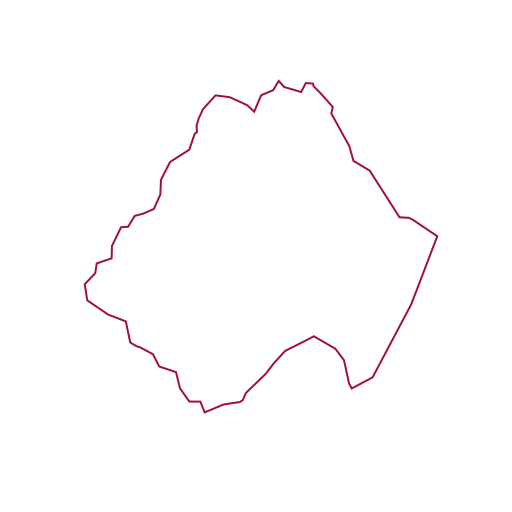 the district of Salt Lake, Utah, United States of America, rotated 153°
{"feature_id": "52423323B26965085925840", "entity_name": "Salt Lake", "entity_type": "district", "adm_level": 2, "iso_a3": "USA", "parent_name": "United States of America", "parent_adm1": "Utah", "projection": "orthographic", "projection_center": [-111.882, 40.668], "detail": "fine", "context": "isolated", "style": "outline", "palette": "rose", "viewbox_px": 512, "rotation_deg": 153, "n_neighbors": 0, "source": "geoboundaries", "source_scale": "gbopen_adm2", "svg_char_len": 1050}
<svg xmlns="http://www.w3.org/2000/svg" viewBox="0 0 512 512"><g transform="rotate(153 256 256)"><path d="M383.8,172.6L381.5,156.6L371.7,151.5L372.7,140.0L352.1,138.4L336.7,133.2L333.2,133.6L327.1,138.6L301.1,146.5L288.7,152.4L273.1,158.2L251.3,158.1L240.9,158.2L227.4,137.3L224.9,123.2L230.9,100.3L230.9,94.5L207.1,95.0L139.6,142.5L85.5,191.3L99.8,217.0L102.3,220.4L102.8,220.8L110.6,225.4L115.9,280.4L126.0,296.5L123.0,311.5L124.2,348.8L119.9,353.9L124.8,372.5L127.6,381.1L126.9,383.7L133.1,387.5L141.3,381.6L154.2,393.8L156.3,401.7L165.3,396.0L178.4,396.9L192.1,385.4L195.4,394.4L207.4,409.5L219.2,417.5L236.5,410.9L244.7,404.5L249.8,399.1L252.3,393.2L252.6,393.2L255.3,392.6L267.2,381.0L289.9,378.8L301.6,370.3L306.1,367.0L313.3,354.2L325.6,344.3L337.6,345.0L345.9,346.8L356.7,340.1L363.2,342.9L379.8,330.3L385.7,319.5L401.3,321.7L407.0,313.7L421.4,308.6L426.5,293.1L414.4,271.0L405.4,261.0L401.7,256.8L407.3,236.0L403.6,230.1L400.8,227.3L392.4,215.3L392.4,201.5L380.0,188.8L383.8,172.6Z" fill="none" stroke="#9f1239" stroke-width="2"/></g></svg>